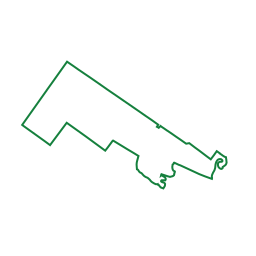 outline of Munteni-Buzau, Ialomita, Romania, rotated 283°
{"feature_id": "2599482B31913750834640", "entity_name": "Munteni-Buzau", "entity_type": "district", "adm_level": 2, "iso_a3": "ROU", "parent_name": "Romania", "parent_adm1": "Ialomita", "projection": "orthographic", "projection_center": [26.968, 44.659], "detail": "fine", "context": "isolated", "style": "outline", "palette": "green", "viewbox_px": 256, "rotation_deg": 283, "n_neighbors": 0, "source": "geoboundaries", "source_scale": "gbopen_adm2", "svg_char_len": 3980}
<svg xmlns="http://www.w3.org/2000/svg" viewBox="0 0 256 256"><g transform="rotate(283 128 128)"><path d="M177.0,58.5L178.9,53.7L156.1,44.3L152.5,42.8L146.5,40.3L146.4,40.3L145.9,40.1L145.6,40.0L145.4,39.9L145.2,39.8L137.9,36.8L107.2,24.2L106.9,24.8L106.2,26.4L103.1,33.8L96.9,48.7L94.2,55.0L93.8,55.9L119.3,67.1L110.2,89.0L100.8,110.9L104.2,112.5L112.0,115.9L112.3,116.1L112.4,116.3L109.8,124.2L107.2,132.0L104.6,140.1L103.1,144.5L98.2,144.3L97.3,144.3L96.5,144.3L95.6,144.4L94.9,144.5L94.3,144.6L93.3,144.9L92.0,145.3L89.8,146.0L89.8,146.4L89.6,147.0L88.7,148.0L88.2,148.4L87.6,149.4L87.3,150.0L87.2,150.8L86.9,151.6L85.5,153.5L84.9,154.5L84.3,156.0L84.1,157.0L84.0,157.6L83.9,158.2L83.7,158.7L83.3,159.4L82.8,160.4L82.4,161.0L81.9,161.6L81.7,161.8L81.4,162.3L81.1,162.7L80.9,163.1L80.6,163.8L80.3,164.7L80.2,165.0L80.1,165.4L79.9,165.8L79.8,166.3L79.6,167.2L79.6,167.5L79.5,167.9L79.6,168.3L79.7,168.7L79.8,169.0L79.9,169.6L80.0,169.7L79.3,170.2L79.2,170.4L79.2,170.5L79.3,170.6L79.3,170.8L79.2,171.2L79.0,171.4L78.8,171.6L78.5,171.8L78.3,172.0L78.1,172.3L77.9,172.6L77.8,172.8L77.6,173.1L77.5,173.4L77.5,173.5L77.4,173.6L77.4,173.9L77.3,174.0L77.3,174.3L77.3,174.6L77.1,176.0L77.7,176.2L78.3,176.5L78.6,176.5L78.9,176.6L79.4,176.8L79.9,176.9L80.5,176.9L81.0,176.8L81.4,176.8L81.9,176.7L82.5,176.1L82.6,175.8L82.8,175.5L82.9,175.0L82.9,174.2L82.9,173.8L83.0,173.3L83.2,172.6L83.6,172.2L84.1,172.2L84.6,172.5L84.7,172.8L84.8,173.1L85.1,174.4L85.4,176.1L86.4,176.3L87.1,176.1L87.8,175.6L88.4,174.7L88.8,173.4L89.2,172.3L89.6,171.3L89.1,170.9L89.7,170.9L90.2,170.9L90.5,171.0L89.9,177.5L89.8,179.9L90.3,180.8L90.9,182.0L91.1,182.3L91.4,182.6L91.5,182.8L91.9,183.1L92.0,183.2L92.2,183.3L92.3,183.4L92.5,183.4L92.8,183.4L93.0,183.4L93.4,183.5L93.8,183.4L94.1,183.4L94.3,183.3L94.5,183.4L94.8,183.4L95.0,183.4L95.1,183.5L95.3,183.5L95.5,183.5L96.0,183.5L96.2,183.4L96.7,181.8L97.6,180.9L99.1,180.2L100.2,179.9L101.5,179.8L102.4,179.7L102.5,179.8L102.9,180.1L103.1,180.3L103.4,180.5L103.5,180.5L103.9,180.5L104.1,180.5L104.3,180.5L104.5,180.6L104.6,180.8L104.5,181.0L104.5,181.4L104.3,182.3L104.1,183.3L103.8,184.6L103.5,186.0L103.5,186.4L103.5,186.5L103.3,187.8L101.4,196.9L99.1,207.8L98.2,213.8L97.3,221.2L97.9,221.2L98.6,221.0L99.5,220.6L100.2,220.5L101.3,220.5L102.4,220.7L102.9,220.8L103.5,220.9L106.1,221.7L107.1,221.8L108.7,221.9L110.5,221.7L112.1,221.5L113.0,221.5L114.4,221.6L115.3,221.8L116.2,222.1L116.8,222.4L117.5,222.9L117.8,223.3L118.2,223.9L118.5,224.9L118.5,225.4L118.5,225.9L118.2,226.5L118.0,226.8L117.8,227.1L117.5,227.3L117.1,227.4L116.8,227.4L116.6,227.3L116.3,227.0L116.1,226.6L116.0,226.2L115.7,225.0L115.3,224.5L114.8,224.1L114.3,223.8L113.8,223.7L113.3,223.7L112.9,223.8L112.4,223.9L111.8,224.1L111.2,224.4L110.7,224.7L110.1,225.3L109.7,225.9L109.4,226.5L109.2,227.1L109.1,227.6L109.1,228.0L109.3,228.5L109.5,228.7L109.7,228.9L110.0,229.1L110.3,229.2L110.5,229.1L110.9,229.0L111.2,229.0L111.5,229.2L111.8,229.6L112.2,229.9L112.8,230.4L113.7,231.2L114.3,231.5L114.9,231.7L115.6,231.8L116.2,231.8L116.7,231.8L117.2,231.6L118.0,231.3L119.3,230.9L120.0,230.6L121.6,230.0L121.6,229.9L121.6,229.4L121.6,229.1L121.7,228.8L121.8,228.3L121.9,228.0L122.1,227.5L122.5,226.3L122.6,226.1L122.8,225.7L123.0,225.3L123.2,224.8L123.3,224.4L123.6,223.7L123.7,223.4L123.8,223.4L124.0,223.2L124.1,222.9L124.4,222.1L125.4,219.7L120.8,217.8L116.1,215.7L118.2,210.9L121.8,202.9L124.1,197.5L127.0,191.1L125.8,188.2L128.4,181.8L130.5,176.4L132.0,172.7L134.1,167.3L134.4,166.3L134.6,166.0L134.7,165.6L134.9,165.2L135.0,164.8L135.3,164.2L135.5,163.7L135.6,163.4L135.7,163.1L135.9,162.7L136.0,162.4L136.1,162.0L136.3,161.6L136.4,161.3L136.7,160.5L136.8,160.2L137.0,159.7L137.3,159.3L136.6,158.8L136.1,158.5L135.5,158.2L135.1,157.9L135.4,157.1L135.7,155.9L138.0,156.7L141.0,149.5L143.8,142.3L148.2,131.3L153.3,118.4L155.8,112.1L158.3,105.7L160.8,99.3L163.4,92.9L166.0,86.4L168.6,79.9L171.1,73.4L173.7,66.7L176.3,60.3L177.0,58.5Z" fill="none" stroke="#15803d" stroke-width="2"/></g></svg>